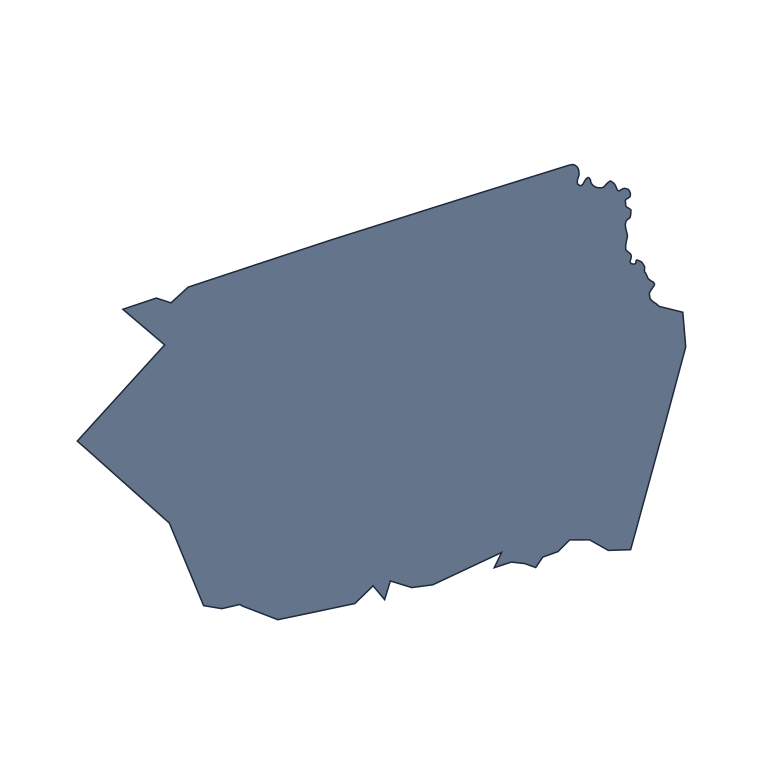 Delaware, New York, United States of America (Albers equal-area conic projection), rotated 194°
{"feature_id": "52423323B71236434888676", "entity_name": "Delaware", "entity_type": "district", "adm_level": 2, "iso_a3": "USA", "parent_name": "United States of America", "parent_adm1": "New York", "projection": "albers", "projection_center": [-75.162, 42.183], "detail": "fine", "context": "isolated", "style": "filled", "palette": "slate", "viewbox_px": 768, "rotation_deg": 194, "n_neighbors": 0, "source": "geoboundaries", "source_scale": "gbopen_adm2", "svg_char_len": 1671}
<svg xmlns="http://www.w3.org/2000/svg" viewBox="0 0 768 768"><g transform="rotate(194 384 384)"><path d="M659.0,249.9L558.6,197.1L505.4,125.3L486.9,126.8L470.6,135.2L467.8,134.3L430.0,129.6L359.2,163.9L345.8,185.5L331.2,174.9L330.2,194.4L307.8,193.2L288.2,200.9L229.1,249.0L232.6,232.4L217.4,242.0L203.9,243.8L192.4,242.6L188.1,254.4L174.6,263.5L166.2,277.6L146.8,282.5L126.1,276.8L104.6,282.9L104.0,308.0L102.5,374.9L101.7,409.3L100.2,493.0L111.4,525.9L135.8,525.9L139.3,527.7L143.3,529.1L146.4,531.1L148.4,535.8L148.3,537.6L145.6,545.4L145.7,546.5L147.3,548.1L149.4,548.5L153.1,550.1L157.1,555.1L158.4,555.8L159.5,560.9L162.6,564.0L164.0,564.9L167.7,565.5L169.0,565.4L169.2,565.0L169.0,562.0L169.7,561.2L170.8,560.7L173.5,560.6L174.9,562.3L174.7,566.4L175.1,568.0L176.0,569.7L181.9,572.7L183.0,576.9L183.4,582.2L183.4,585.6L184.0,587.7L187.3,594.0L188.5,597.3L188.4,601.3L185.5,605.0L185.6,608.1L186.4,612.5L188.4,613.6L191.1,614.3L192.5,615.3L194.2,620.5L193.7,622.0L192.0,623.4L190.6,625.4L190.7,627.4L191.2,628.9L192.5,630.7L194.1,632.0L197.9,632.1L199.7,631.1L202.4,628.4L203.7,628.2L205.0,629.3L207.4,632.5L209.1,634.1L212.5,635.6L213.7,635.7L215.7,633.3L218.7,627.9L221.7,626.6L225.0,626.1L228.6,626.9L230.5,628.1L232.2,629.8L232.9,631.8L233.7,632.7L234.8,633.6L235.8,633.8L236.5,633.3L237.5,632.0L238.5,629.3L239.3,626.0L240.7,624.2L241.9,623.9L244.2,624.7L245.0,625.8L245.7,628.3L245.3,634.3L246.7,638.4L247.9,640.2L249.4,641.6L252.3,642.7L254.4,642.5L258.1,640.7L343.8,588.5L467.8,512.5L531.3,472.5L597.5,430.6L600.5,426.0L610.3,411.2L625.7,412.3L655.5,393.3L606.3,368.9L667.8,254.4L659.0,249.9Z" fill="#64748b" stroke="#1e293b" stroke-width="1.5"/></g></svg>